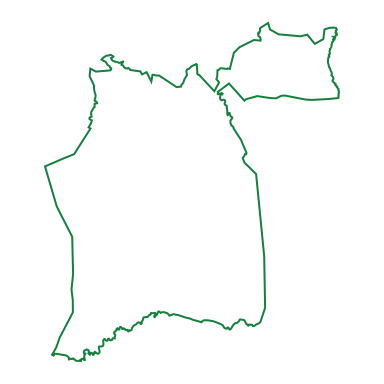 the district of San Pedro Pochutla, Oaxaca, Mexico
{"feature_id": "50627088B77696414551918", "entity_name": "San Pedro Pochutla", "entity_type": "district", "adm_level": 2, "iso_a3": "MEX", "parent_name": "Mexico", "parent_adm1": "Oaxaca", "projection": "natural_earth1", "projection_center": [-96.39, 15.79], "detail": "fine", "context": "isolated", "style": "outline", "palette": "green", "viewbox_px": 384, "rotation_deg": 0, "n_neighbors": 0, "source": "geoboundaries", "source_scale": "gbopen_adm2", "svg_char_len": 5797}
<svg xmlns="http://www.w3.org/2000/svg" viewBox="0 0 384 384"><path d="M52.1,354.7L53.4,355.6L53.9,355.3L53.7,354.1L54.5,353.7L56.3,353.8L64.9,355.2L66.6,355.6L67.7,356.4L68.5,357.2L68.9,359.4L69.4,359.3L69.9,358.5L71.4,359.0L72.0,359.0L72.6,358.5L73.3,358.5L73.7,359.1L74.5,359.3L75.5,360.5L76.3,360.8L79.3,360.9L79.6,360.4L80.0,360.2L80.5,360.9L81.0,361.0L81.3,359.2L82.5,358.8L84.3,360.1L84.8,360.0L84.5,357.9L84.0,357.1L84.6,355.0L84.5,354.7L85.4,354.0L85.4,353.5L84.1,353.3L83.8,352.5L83.9,351.3L84.4,350.6L86.4,349.5L87.3,349.6L87.8,350.1L88.4,350.2L89.0,351.4L88.4,353.4L89.8,354.7L90.5,352.9L91.0,352.7L91.6,353.0L93.1,354.9L93.6,354.7L93.5,353.2L94.7,353.1L94.6,352.0L94.9,351.8L97.6,353.8L98.4,353.7L98.9,353.2L99.7,351.9L98.8,347.4L99.1,346.5L101.6,346.5L103.0,345.9L103.3,345.4L103.4,343.2L103.2,340.7L104.1,339.1L104.7,339.0L105.2,339.4L105.7,340.3L106.9,340.9L107.8,340.2L108.1,338.9L109.0,338.7L109.9,340.1L110.6,340.4L112.1,339.9L112.2,339.1L112.9,338.3L114.7,338.4L114.6,336.8L115.1,336.1L115.2,334.7L114.9,334.2L114.3,333.8L114.1,332.8L114.3,332.0L115.4,331.6L115.5,330.8L116.3,330.4L116.5,330.1L116.5,329.1L117.4,328.3L117.9,328.6L118.4,329.5L119.3,329.5L119.5,328.0L120.1,327.0L120.6,326.9L121.3,327.3L122.3,329.0L123.1,328.9L123.4,328.4L123.9,328.4L124.4,328.7L125.6,330.0L127.1,330.0L127.2,330.4L127.9,331.2L128.4,331.4L128.8,331.0L128.8,330.3L129.1,330.2L129.6,330.8L130.4,330.6L131.5,330.0L132.2,327.7L133.5,325.8L136.0,324.4L137.5,322.8L138.4,322.3L140.1,322.9L140.6,323.9L141.0,324.1L141.7,323.5L141.5,322.0L142.0,321.2L142.5,320.8L143.2,319.0L143.3,317.9L143.7,317.4L147.6,316.9L148.2,316.4L148.7,315.4L150.1,314.8L150.7,314.4L150.8,313.2L151.1,313.0L152.2,313.2L155.2,313.0L155.4,313.4L155.2,315.1L154.2,316.0L154.3,316.9L154.7,317.1L155.5,316.0L155.6,315.4L156.6,315.0L157.0,314.6L157.8,312.8L157.8,312.2L158.4,311.6L159.1,311.5L160.7,312.9L161.8,312.3L163.1,312.2L164.4,312.2L165.5,312.7L166.7,312.9L167.9,313.7L169.2,315.5L169.8,315.6L170.4,315.1L171.9,314.9L172.5,314.4L173.9,314.1L175.2,314.6L178.0,315.0L185.2,317.4L190.1,318.6L193.2,319.9L198.6,321.3L201.3,322.3L201.8,322.0L201.9,321.5L203.1,320.6L204.7,320.2L208.4,320.4L213.6,321.3L220.3,323.9L222.7,325.2L224.3,327.8L226.1,328.7L226.7,328.7L227.2,327.9L227.8,327.5L228.3,327.6L229.5,329.5L230.1,329.5L231.1,328.6L233.5,324.6L235.6,323.0L236.5,323.2L237.3,322.8L237.6,322.3L239.0,321.2L239.5,320.3L239.6,319.6L240.4,319.4L243.9,320.0L244.7,320.8L246.4,324.1L247.8,324.6L247.9,325.5L248.2,325.7L248.7,325.4L249.1,324.7L250.6,324.7L252.2,324.9L252.9,326.1L253.7,326.2L255.2,325.3L256.5,324.3L258.5,323.6L259.9,322.4L260.3,322.3L265.1,307.9L264.2,256.2L256.1,174.1L244.6,162.8L242.7,158.0L244.3,156.1L244.9,154.2L246.2,154.2L246.5,153.0L241.0,139.8L233.6,128.6L233.4,127.1L231.6,125.5L231.1,124.7L230.4,122.6L230.4,120.5L231.9,118.7L232.3,117.9L231.7,116.8L230.6,116.4L229.6,113.1L228.8,113.0L228.0,114.9L227.7,115.1L227.3,114.7L227.3,111.0L226.7,107.3L227.0,106.3L226.3,105.5L224.9,104.7L224.6,103.8L224.8,102.6L225.2,101.8L225.1,100.9L224.8,100.2L223.7,99.6L221.8,100.3L220.3,99.3L220.0,97.8L220.6,94.7L220.8,94.4L222.4,94.4L222.6,93.7L222.3,93.4L221.5,93.1L218.1,94.3L217.7,94.0L218.2,92.3L217.9,91.9L229.0,83.5L244.4,100.7L246.1,99.2L257.3,96.1L270.5,98.1L276.1,98.3L281.4,95.8L284.6,95.5L305.9,99.6L312.4,99.9L328.4,99.0L337.7,98.1L338.6,97.7L338.4,97.1L338.7,95.3L338.4,94.9L338.6,94.3L338.5,93.3L339.0,92.7L338.7,91.6L338.8,90.6L338.5,90.4L338.3,89.6L338.4,88.8L337.8,88.5L337.5,87.6L336.9,87.1L337.1,86.5L335.5,85.4L335.7,84.4L335.1,84.3L334.8,83.2L333.6,82.4L332.5,80.9L333.4,79.0L333.4,78.4L332.7,76.8L331.9,75.7L331.4,75.3L331.9,74.2L331.6,72.2L330.7,70.8L329.8,68.0L329.2,67.5L328.0,62.4L328.0,60.0L328.4,57.3L329.3,56.8L328.8,54.6L329.6,54.3L329.9,53.3L329.5,51.5L330.0,49.7L329.9,49.1L330.3,48.9L330.4,48.4L331.0,47.6L331.5,46.3L331.6,44.4L331.8,44.2L332.2,42.3L333.1,41.5L333.6,40.3L333.2,39.6L333.6,39.4L333.5,38.4L333.9,37.8L334.0,37.0L333.7,36.8L334.4,36.8L334.7,37.6L334.5,38.4L334.7,38.7L335.7,35.4L336.2,34.8L337.0,34.7L336.6,33.2L335.8,33.1L335.5,32.8L335.6,32.1L335.9,31.5L335.9,30.6L336.8,29.7L336.2,28.1L334.9,27.7L333.2,27.6L329.4,27.9L324.5,29.4L323.3,39.1L314.8,43.9L307.2,34.6L300.6,36.3L278.5,34.3L270.0,29.5L268.1,23.0L260.2,28.0L259.9,29.1L260.2,30.1L260.0,30.8L259.3,32.8L258.6,32.5L258.3,32.8L258.1,34.0L258.4,35.1L258.3,35.6L258.6,36.1L260.1,37.2L260.7,39.6L260.5,40.6L254.0,40.0L239.5,47.2L233.9,52.7L229.8,69.0L227.8,68.4L227.0,69.0L221.0,68.2L220.4,68.3L218.4,70.2L217.5,70.2L217.2,76.3L216.9,77.7L216.3,79.0L219.1,82.5L214.3,91.2L199.2,74.9L198.2,74.8L197.2,73.6L197.4,73.2L196.8,64.5L196.1,64.0L195.0,64.9L193.9,65.1L191.5,66.4L190.8,66.8L190.3,67.6L189.3,68.6L187.1,69.5L186.4,70.9L186.4,71.9L187.0,75.1L184.5,79.1L183.2,82.9L181.5,84.9L181.1,86.6L176.6,87.1L159.2,75.6L155.5,75.4L154.4,74.9L152.5,74.8L151.3,81.5L146.6,72.2L142.0,74.4L140.4,71.4L130.2,70.0L129.7,69.0L128.5,68.1L128.2,68.0L127.7,68.6L127.4,68.6L125.2,68.2L124.7,67.6L124.0,67.3L123.3,65.6L121.5,64.9L121.7,63.9L123.2,61.8L123.0,61.5L119.7,62.9L119.0,62.9L118.0,62.3L114.2,61.4L112.7,60.7L112.0,60.2L111.0,58.1L112.4,57.6L113.4,56.6L113.1,56.2L110.6,54.8L109.2,55.4L106.4,55.7L103.2,57.7L101.5,59.7L105.8,62.0L107.6,65.0L109.4,66.0L110.3,67.9L110.8,68.0L111.3,68.4L111.1,69.6L110.2,70.4L95.9,71.6L90.4,68.6L89.6,76.1L94.2,85.9L93.9,87.1L94.2,89.9L94.7,92.4L95.5,94.5L95.6,96.0L95.4,97.6L94.8,99.4L94.6,100.6L94.8,101.0L95.9,101.3L96.7,102.0L97.2,103.0L97.1,103.3L95.8,103.4L94.6,103.9L94.6,107.1L93.7,107.7L91.2,112.1L91.1,114.1L91.6,116.6L89.8,117.4L89.4,118.2L89.5,119.1L91.9,120.4L90.9,123.5L88.6,127.4L90.5,128.5L74.2,154.1L62.4,158.9L45.0,166.4L56.8,206.6L72.2,236.7L73.1,274.2L71.5,289.3L72.8,300.4L72.9,312.3L59.6,337.8L56.2,347.6L52.1,354.7Z" fill="none" stroke="#15803d" stroke-width="2"/></svg>